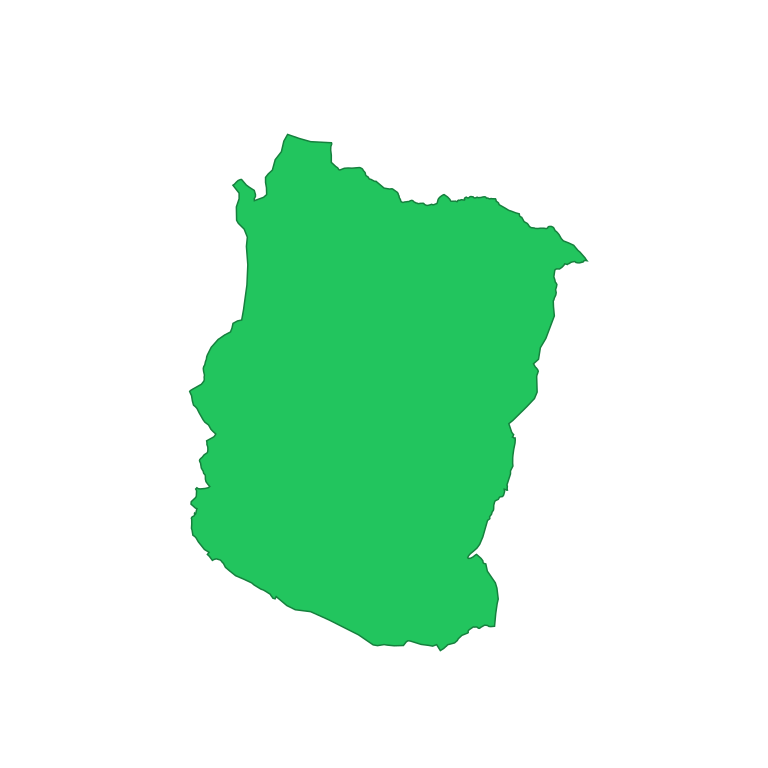 the district of Vama, Suceava, Romania, rotated 157°
{"feature_id": "2599482B26508279018163", "entity_name": "Vama", "entity_type": "district", "adm_level": 2, "iso_a3": "ROU", "parent_name": "Romania", "parent_adm1": "Suceava", "projection": "albers", "projection_center": [25.697, 47.569], "detail": "fine", "context": "isolated", "style": "filled", "palette": "green", "viewbox_px": 768, "rotation_deg": 157, "n_neighbors": 0, "source": "geoboundaries", "source_scale": "gbopen_adm2", "svg_char_len": 6159}
<svg xmlns="http://www.w3.org/2000/svg" viewBox="0 0 768 768"><g transform="rotate(157 384 384)"><path d="M445.4,626.0L442.8,616.3L445.0,611.1L450.7,604.7L455.7,592.3L455.3,588.8L452.2,581.2L452.4,572.6L456.9,564.4L462.8,546.9L471.5,528.7L484.2,507.4L490.0,498.5L494.2,499.3L499.3,498.8L502.2,494.7L505.0,491.9L511.5,491.4L519.3,489.8L528.7,485.3L535.2,479.8L536.6,478.3L537.9,476.1L539.5,474.5L541.2,472.1L541.9,471.3L543.0,470.6L544.1,469.2L544.4,468.6L545.1,466.2L545.8,462.3L546.9,460.6L547.6,458.5L548.6,457.1L552.2,455.1L561.5,454.1L564.8,453.6L565.8,453.1L565.8,450.7L565.7,448.5L567.0,443.3L567.6,439.0L566.4,436.6L565.7,434.5L565.4,429.5L564.5,421.8L563.8,418.8L561.5,414.8L561.0,409.9L560.1,407.5L558.4,403.7L560.1,402.4L561.5,401.8L569.5,401.0L569.9,399.2L570.7,397.3L570.7,396.1L570.9,394.6L571.8,392.3L572.8,390.5L573.8,389.7L577.2,389.1L580.0,387.6L581.9,387.0L583.2,386.3L583.7,385.7L583.9,384.7L583.8,382.8L585.0,378.1L584.7,375.5L584.5,374.8L584.9,372.2L584.7,371.6L584.2,370.3L584.4,369.1L585.6,366.2L586.0,363.7L585.9,363.0L585.2,360.0L584.7,358.8L584.4,357.7L586.4,357.2L589.3,357.7L593.8,359.1L595.4,359.9L596.1,360.5L596.8,361.6L598.4,360.9L598.2,359.7L598.4,358.6L600.7,353.9L602.0,353.0L606.7,351.3L607.5,350.9L608.6,348.8L606.1,343.5L604.9,342.3L605.2,342.1L608.1,338.1L608.4,337.9L608.7,338.2L608.9,339.0L609.2,338.6L609.3,338.0L609.9,337.1L610.4,336.8L612.2,336.7L613.0,336.4L613.8,335.7L613.9,334.6L615.7,330.2L617.6,326.4L617.8,324.4L619.0,319.5L617.7,317.4L617.1,315.6L616.6,311.3L614.0,301.9L610.8,297.4L613.2,296.1L612.2,293.9L610.9,288.7L609.2,288.9L606.7,288.6L603.4,285.9L602.7,284.0L602.6,283.1L601.9,281.6L601.6,277.2L598.9,271.8L595.5,265.5L589.7,259.5L583.5,252.6L582.2,249.9L577.4,243.2L575.5,241.5L573.6,238.9L570.8,234.8L570.7,233.4L570.2,231.6L570.0,230.3L568.2,228.8L566.3,230.4L560.0,218.0L553.9,210.9L540.5,203.1L527.0,188.5L505.5,163.1L495.9,148.1L492.2,145.7L485.7,144.1L483.2,142.5L477.0,139.1L468.3,135.7L464.3,137.9L462.3,138.3L460.3,137.2L451.6,129.8L445.1,126.0L441.6,123.7L437.4,123.5L436.3,116.6L432.5,117.2L430.7,117.8L430.0,118.1L429.0,118.3L427.3,119.1L420.2,118.1L416.8,119.2L415.1,120.5L410.5,122.2L404.1,122.1L403.6,122.3L403.2,123.6L402.4,124.2L401.2,124.6L396.6,125.5L396.0,125.0L393.7,124.2L393.1,123.5L392.6,122.4L391.9,121.9L391.3,121.8L390.0,122.2L385.6,122.7L383.2,121.4L382.1,119.8L380.4,118.9L376.9,117.8L370.7,129.3L365.6,137.7L362.9,141.4L359.8,152.0L359.2,157.5L362.0,171.3L360.6,178.6L362.2,179.9L362.6,180.7L362.1,182.7L362.8,185.5L365.4,191.0L366.4,190.9L369.7,190.0L372.5,189.8L374.5,190.5L374.8,191.4L373.5,192.7L370.9,194.0L367.1,195.1L362.6,196.6L358.6,199.0L352.8,204.6L342.3,217.6L341.5,218.1L339.4,218.6L339.0,219.1L338.8,220.3L338.6,220.6L336.0,222.0L334.6,223.8L332.6,225.1L331.9,226.1L330.3,229.6L328.1,232.4L327.2,233.0L323.8,233.2L321.9,234.7L321.2,234.7L318.8,234.1L317.3,235.0L315.0,237.9L314.5,240.2L314.1,240.0L312.6,238.4L311.9,238.1L311.6,239.4L310.3,241.9L310.4,242.9L302.7,251.8L301.5,254.6L297.4,258.1L296.5,260.9L294.3,265.9L293.0,268.3L290.2,273.0L286.5,278.4L285.0,281.3L284.4,283.1L285.4,283.4L285.5,283.9L286.5,285.0L285.4,285.7L284.4,286.9L284.9,287.7L285.3,289.8L284.6,298.7L279.7,300.1L261.5,307.3L251.2,311.8L246.2,316.7L240.6,331.1L239.7,332.5L238.5,333.7L237.0,335.5L237.0,337.3L237.5,339.2L238.1,340.6L238.5,344.2L232.1,346.4L225.9,356.3L217.2,362.7L200.6,380.1L197.8,388.9L195.7,394.4L194.8,395.0L193.6,396.6L191.1,398.8L189.8,400.8L189.2,403.8L187.4,405.9L186.0,408.0L186.1,409.6L186.5,410.9L186.0,413.4L185.8,416.3L182.2,422.2L180.3,422.6L177.5,421.3L174.6,421.9L172.0,423.0L170.7,424.0L168.4,422.3L167.4,422.7L165.9,422.5L165.1,423.0L162.9,422.8L160.5,422.2L159.8,420.8L158.1,419.7L156.7,419.1L155.0,418.8L154.7,419.0L153.7,418.6L152.7,418.6L151.7,419.3L151.1,419.3L150.3,419.0L149.0,418.2L149.4,419.7L149.6,421.3L152.1,428.9L153.3,431.2L155.2,437.6L158.9,441.7L163.0,445.7L164.0,448.6L164.5,453.1L165.2,455.5L165.8,457.1L166.5,458.0L166.8,461.6L167.4,462.6L168.6,463.8L170.5,464.5L171.4,464.5L172.6,463.6L173.6,463.6L174.7,464.1L175.7,464.8L179.1,466.3L181.6,467.0L184.1,468.2L184.7,468.9L187.4,470.4L188.6,472.1L189.0,474.5L189.4,475.8L191.6,478.7L192.1,483.6L193.1,484.7L193.5,485.8L193.0,487.8L195.9,490.1L199.2,493.3L201.3,495.1L203.7,498.5L207.9,504.0L208.0,504.7L207.8,505.4L208.0,506.3L209.3,508.5L209.0,509.5L209.0,510.9L211.9,512.2L212.8,512.8L213.4,513.0L214.2,513.0L215.0,513.6L215.7,514.5L216.2,514.8L217.0,514.9L217.4,516.4L218.2,517.0L219.7,517.5L221.8,517.8L224.5,518.7L225.3,519.6L226.8,519.5L227.6,519.7L228.2,520.1L228.7,520.7L228.8,521.4L230.7,522.6L231.6,522.8L233.1,522.3L234.0,522.4L234.6,522.9L235.3,523.9L236.9,523.7L237.3,523.4L237.6,523.1L237.6,522.3L237.8,522.0L238.2,521.9L240.9,523.5L242.3,523.4L243.5,524.1L244.4,524.0L245.1,523.3L245.6,523.3L246.6,524.3L250.9,526.0L251.2,526.8L251.2,528.1L252.4,531.3L254.6,534.8L255.3,535.0L257.5,534.7L259.5,534.2L261.2,533.4L262.1,532.7L264.1,530.1L264.8,529.5L268.4,529.6L269.2,530.0L269.9,530.8L272.5,531.0L274.6,531.5L275.8,532.5L276.6,533.6L276.8,534.5L277.2,535.0L280.0,536.1L281.7,536.5L282.4,536.9L283.0,537.7L283.8,538.0L284.0,538.6L284.9,539.4L285.2,539.9L285.7,541.2L286.5,542.1L287.2,542.3L288.5,542.4L289.3,542.2L290.4,542.4L291.3,542.8L292.5,543.0L293.4,543.4L295.7,543.7L296.9,545.0L297.0,545.8L297.0,546.6L296.8,547.4L297.1,549.5L296.7,551.3L296.8,553.1L296.6,553.7L296.8,555.1L299.9,560.2L300.7,560.7L302.7,561.3L307.4,564.3L312.2,573.8L312.7,573.8L313.6,574.4L316.1,577.5L317.4,578.4L317.8,580.9L319.1,582.7L319.2,583.9L318.8,585.6L319.0,586.8L319.5,588.1L319.8,590.2L320.2,591.0L321.4,592.4L322.2,592.9L329.2,595.2L332.5,596.8L336.3,598.1L340.6,598.2L341.3,598.4L341.9,599.1L342.1,600.8L342.3,601.3L343.4,603.0L345.9,608.6L343.1,615.2L341.7,620.1L340.2,623.3L338.3,625.4L338.1,626.6L356.8,635.7L365.9,643.0L375.2,651.4L381.3,646.7L387.7,637.9L396.5,633.0L403.2,624.5L408.5,622.6L412.3,620.5L414.3,615.8L415.5,610.6L418.0,604.2L421.9,602.9L431.7,603.4L431.0,605.3L429.1,606.8L428.3,608.6L427.8,612.9L431.1,617.7L433.0,620.9L435.2,627.9L436.3,628.3L438.8,628.3L441.1,627.5L443.7,626.3L445.4,626.0Z" fill="#22c55e" stroke="#15803d" stroke-width="1.5"/></g></svg>